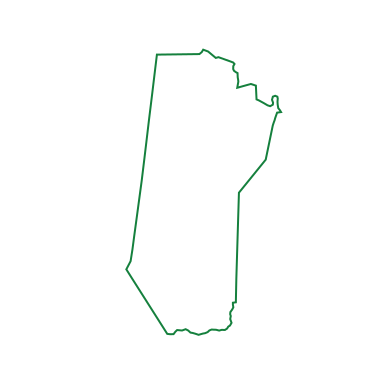 Gonçalves Dias, Maranhão, Brazil, rotated 127°
{"feature_id": "56859067B78550029694036", "entity_name": "Gonçalves Dias", "entity_type": "district", "adm_level": 2, "iso_a3": "BRA", "parent_name": "Brazil", "parent_adm1": "Maranhão", "projection": "mercator", "projection_center": [-44.192, -5.155], "detail": "fine", "context": "isolated", "style": "outline", "palette": "green", "viewbox_px": 384, "rotation_deg": 127, "n_neighbors": 0, "source": "geoboundaries", "source_scale": "gbopen_adm2", "svg_char_len": 1228}
<svg xmlns="http://www.w3.org/2000/svg" viewBox="0 0 384 384"><g transform="rotate(127 192 192)"><path d="M253.7,90.6L234.3,104.6L164.3,154.1L121.8,152.6L90.3,167.5L87.1,168.6L85.0,169.2L83.3,169.9L81.5,170.5L77.4,171.8L74.6,169.0L73.8,170.9L73.1,173.6L70.6,176.2L68.5,178.0L65.7,179.8L64.5,181.2L65.1,183.5L67.2,184.8L70.2,183.6L71.9,181.0L73.6,180.0L76.4,181.2L77.3,183.8L77.8,188.2L78.6,193.7L79.2,196.2L68.6,205.0L70.3,210.0L81.5,218.6L76.0,221.4L74.6,222.7L72.9,224.5L69.6,227.2L69.9,229.1L69.9,231.5L69.0,233.1L66.6,234.8L64.2,235.1L63.8,237.0L64.5,239.5L68.4,252.0L70.6,253.7L70.1,263.7L71.6,268.7L74.4,268.4L77.4,269.1L103.4,302.7L117.2,294.7L137.0,283.2L160.9,269.4L180.1,258.2L194.2,250.0L213.2,239.0L244.0,221.7L261.5,211.9L273.7,205.0L284.2,199.4L293.3,197.9L297.1,187.9L320.2,126.4L318.7,123.8L316.6,121.2L313.6,121.2L311.2,120.8L308.6,116.6L305.4,114.5L304.9,111.7L305.2,108.6L304.2,106.7L303.2,104.1L302.1,100.8L298.5,98.1L296.9,96.6L294.5,95.2L292.1,94.8L290.1,93.6L287.5,89.8L286.3,86.9L284.2,85.3L282.4,82.7L280.0,81.8L277.7,82.0L275.8,81.3L272.7,81.7L270.5,85.0L267.7,86.4L266.6,88.0L264.8,89.1L261.5,89.2L259.2,89.6L257.4,91.5L255.8,92.7L253.7,90.6Z" fill="none" stroke="#15803d" stroke-width="2"/></g></svg>